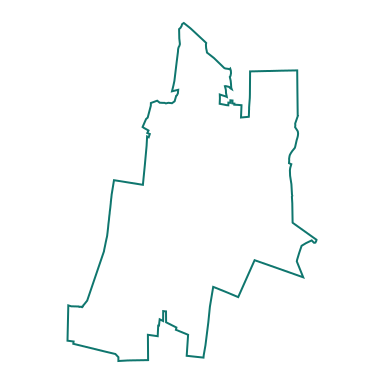 Muna, Yucatán, Mexico
{"feature_id": "50627088B11927657665908", "entity_name": "Muna", "entity_type": "district", "adm_level": 2, "iso_a3": "MEX", "parent_name": "Mexico", "parent_adm1": "Yucatán", "projection": "equal_earth", "projection_center": [-89.733, 20.466], "detail": "fine", "context": "isolated", "style": "outline", "palette": "teal", "viewbox_px": 384, "rotation_deg": 0, "n_neighbors": 0, "source": "geoboundaries", "source_scale": "gbopen_adm2", "svg_char_len": 3193}
<svg xmlns="http://www.w3.org/2000/svg" viewBox="0 0 384 384"><path d="M205.5,345.0L205.5,344.9L208.3,322.5L209.9,306.7L213.2,286.9L215.1,287.6L225.3,291.7L238.2,297.1L254.6,260.2L288.5,272.1L303.2,277.3L296.8,261.4L297.1,259.8L299.2,252.9L301.6,245.8L305.9,243.2L311.7,240.4L313.1,241.9L314.1,242.8L315.4,242.6L316.3,240.8L316.4,240.3L316.5,239.8L292.7,222.8L292.6,222.6L292.6,222.4L292.3,204.1L292.3,203.6L291.9,196.6L292.3,195.8L292.0,194.7L291.4,184.1L290.1,175.8L289.9,170.3L290.2,168.0L291.3,164.2L289.0,163.2L289.2,160.3L289.1,158.8L289.5,156.3L289.8,155.1L290.8,153.2L292.2,151.1L294.8,147.9L295.2,146.7L296.7,140.0L297.3,138.1L297.7,136.6L297.9,135.6L298.1,133.6L297.8,131.4L297.1,130.2L295.1,127.2L295.3,125.6L295.3,125.0L295.2,123.8L295.2,123.5L297.9,115.7L297.7,115.6L297.4,90.6L297.2,70.4L280.7,70.7L269.5,71.0L267.7,71.0L255.1,71.3L250.1,71.4L249.9,94.7L249.8,98.1L249.3,104.6L249.1,107.5L249.1,109.4L249.0,110.7L249.0,111.4L249.0,112.7L248.9,114.3L248.9,115.6L248.8,116.8L241.0,117.5L241.5,105.3L241.5,105.2L238.1,104.9L236.1,104.8L234.3,104.7L234.4,103.6L232.4,103.4L232.5,100.5L230.4,100.3L230.3,102.8L228.4,102.6L228.3,105.3L226.3,105.1L226.2,105.1L225.9,105.0L223.9,104.6L219.7,103.8L219.9,98.4L219.8,94.5L225.3,96.3L225.5,96.3L226.8,96.9L226.0,93.0L225.9,90.3L225.7,89.1L224.9,86.2L225.4,86.1L226.2,86.2L229.1,86.9L230.4,88.3L231.7,89.1L231.3,88.0L231.2,87.3L231.0,84.0L230.7,80.8L229.8,76.9L230.5,75.9L231.0,73.2L230.9,71.4L230.8,70.5L230.2,68.6L229.5,69.3L228.4,68.9L225.5,68.5L224.6,68.2L224.0,67.8L223.7,67.5L223.4,67.2L223.2,67.0L213.9,58.0L207.0,52.6L206.9,52.2L206.8,51.3L206.1,48.0L206.1,47.5L205.9,44.7L206.2,43.0L205.3,42.1L190.9,28.7L189.1,27.2L183.8,23.0L182.3,24.0L182.0,24.4L181.6,26.0L181.0,26.9L180.7,27.6L179.1,29.1L179.3,38.5L179.7,42.1L179.9,44.1L179.4,45.9L179.1,46.4L178.7,47.1L178.4,48.0L178.1,49.4L178.0,51.5L176.6,62.6L174.4,80.9L173.4,85.6L172.0,91.3L178.2,89.8L177.9,93.3L176.9,95.4L176.2,95.8L174.6,101.3L172.0,103.2L168.3,102.8L165.9,103.4L164.7,102.9L163.6,102.9L159.7,102.7L157.2,100.7L150.9,103.0L150.8,105.8L147.7,117.6L146.1,119.0L144.9,121.7L142.6,127.0L143.9,127.9L148.5,130.5L147.3,133.0L149.8,134.0L148.7,137.3L147.1,136.5L146.8,142.2L146.6,145.8L144.8,165.5L142.9,184.8L114.0,180.2L111.6,194.9L111.5,196.3L111.4,196.7L111.4,197.2L111.1,199.4L111.0,201.0L110.9,201.2L110.8,202.8L110.6,204.7L110.3,207.6L110.1,209.3L109.8,211.5L109.6,213.8L109.3,216.1L109.2,217.1L109.1,218.0L109.0,219.4L108.7,221.8L108.5,223.4L108.3,225.3L108.2,226.4L108.1,227.5L107.9,229.3L107.6,232.1L107.3,234.4L107.2,235.4L107.0,236.6L106.3,239.6L106.1,240.7L105.9,241.5L105.3,244.5L104.9,246.5L104.4,248.8L104.1,250.3L104.0,251.2L87.2,300.6L83.6,305.1L83.3,305.3L82.9,306.4L82.1,307.2L81.8,307.1L81.6,306.7L79.2,306.9L78.9,306.5L71.2,306.3L68.3,305.4L67.5,340.7L73.6,341.5L73.3,343.8L105.6,351.7L115.4,354.0L118.4,357.2L118.4,361.0L127.1,360.5L130.3,360.4L148.1,360.1L147.9,334.8L157.7,336.2L158.2,325.6L159.0,325.6L159.3,322.5L159.7,319.3L163.1,321.0L163.2,311.1L164.7,311.3L166.0,311.4L166.1,322.3L176.4,327.5L176.0,329.4L175.9,329.8L186.0,333.9L188.1,334.8L186.7,355.8L203.5,357.6L203.7,355.3L205.5,345.0Z" fill="none" stroke="#0f766e" stroke-width="2"/></svg>